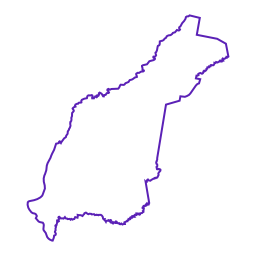 outline of Esquina, Corrientes, Argentina
{"feature_id": "61730980B30976551851614", "entity_name": "Esquina", "entity_type": "district", "adm_level": 2, "iso_a3": "ARG", "parent_name": "Argentina", "parent_adm1": "Corrientes", "projection": "albers", "projection_center": [-59.269, -29.952], "detail": "fine", "context": "isolated", "style": "outline", "palette": "violet", "viewbox_px": 256, "rotation_deg": 0, "n_neighbors": 0, "source": "geoboundaries", "source_scale": "gbopen_adm2", "svg_char_len": 5758}
<svg xmlns="http://www.w3.org/2000/svg" viewBox="0 0 256 256"><path d="M189.6,15.4L188.5,16.3L187.0,16.4L185.9,17.1L185.5,18.8L184.1,21.0L182.2,23.1L180.4,26.4L179.3,27.2L179.1,27.9L179.2,28.4L180.0,29.5L179.4,30.3L178.4,30.5L176.9,30.0L175.0,32.3L172.9,32.9L172.1,34.0L170.6,35.1L168.4,35.4L166.7,36.3L166.1,37.7L164.7,38.6L163.5,40.1L162.2,40.8L161.7,40.8L159.8,41.4L159.7,44.1L159.3,45.2L157.9,45.9L157.7,46.4L157.0,50.2L156.2,52.1L155.5,52.6L155.6,53.7L156.1,55.2L155.4,56.3L154.9,56.6L153.5,56.6L153.3,56.9L153.3,57.3L153.5,57.7L154.9,58.6L154.8,59.3L153.6,60.1L149.4,61.2L147.0,64.3L143.0,65.2L142.0,65.8L142.0,66.6L142.5,68.0L142.5,69.7L143.9,70.5L143.9,70.9L143.1,71.5L141.1,71.6L139.0,72.9L137.7,72.8L136.5,73.5L136.2,73.8L136.2,74.5L136.8,76.1L136.9,76.9L134.7,77.6L133.2,78.8L131.8,79.6L129.7,80.1L128.5,82.0L125.5,83.2L124.4,84.6L123.6,84.9L120.7,84.7L120.1,85.4L119.2,87.5L118.2,88.7L111.3,89.0L110.0,89.7L109.6,89.7L108.9,89.1L108.5,88.9L107.6,89.3L107.3,90.0L107.5,90.5L107.9,90.7L108.4,91.8L109.0,92.4L108.9,92.7L108.5,93.0L106.7,93.2L105.6,94.9L104.2,95.0L103.8,96.4L103.1,96.3L101.6,93.7L99.7,92.6L98.9,93.2L98.9,94.1L99.1,94.6L98.5,95.4L98.4,95.8L97.9,96.0L97.2,95.3L96.8,95.5L97.0,96.9L96.7,97.2L95.7,96.4L95.2,96.4L94.7,97.3L94.2,97.5L93.9,98.3L92.2,98.3L92.1,97.7L92.6,96.2L92.3,95.4L91.7,95.1L90.0,95.5L88.9,95.3L88.1,95.5L87.3,96.3L86.9,98.2L84.3,98.7L81.9,99.8L81.3,100.8L81.4,102.4L81.0,102.6L78.9,102.7L78.4,103.1L78.1,103.7L77.0,103.8L75.5,104.5L75.0,105.6L75.5,106.6L73.9,107.2L72.7,108.3L72.6,108.6L73.7,110.3L73.8,110.8L73.6,111.3L72.1,113.0L72.0,116.1L71.3,118.0L71.5,119.0L71.3,120.8L70.3,122.1L70.5,122.4L70.2,123.7L70.5,125.8L69.8,127.8L69.1,128.8L69.0,129.6L67.8,131.4L67.6,133.8L66.2,135.7L65.9,137.1L64.1,138.4L61.4,142.1L60.9,143.1L60.4,142.5L60.2,141.6L59.7,141.3L59.1,141.7L58.9,142.8L58.7,143.1L56.1,143.7L54.1,149.8L52.1,153.7L51.1,156.0L50.5,157.8L47.6,163.2L46.8,165.6L46.3,170.2L45.0,174.2L44.4,175.4L43.7,178.4L43.8,181.7L44.7,185.4L44.9,188.6L42.7,194.6L42.2,195.7L40.4,197.4L37.3,199.1L34.0,200.2L29.6,201.1L28.5,201.5L27.8,202.3L27.6,204.8L28.3,207.7L29.4,209.7L31.4,212.3L32.9,213.2L34.5,213.5L35.6,214.0L36.7,215.6L36.8,216.2L35.8,218.2L38.6,221.5L39.9,222.1L42.8,222.7L43.5,223.8L43.8,225.0L43.4,229.1L43.7,230.3L45.7,232.9L47.2,237.0L48.3,238.4L49.7,239.5L52.1,240.6L52.7,240.6L53.8,237.7L54.1,235.6L55.0,235.3L55.7,234.7L55.8,233.5L54.9,232.0L55.0,231.4L55.6,230.3L55.5,228.6L56.0,226.8L55.5,226.3L55.4,225.6L55.7,225.2L56.5,225.1L57.1,222.7L57.1,220.4L57.9,220.2L58.6,221.4L58.9,221.2L58.5,220.1L59.1,219.0L58.4,217.5L58.7,216.9L59.4,216.8L60.1,217.8L61.0,218.5L61.9,218.3L63.6,218.6L64.9,217.1L65.6,218.2L66.0,218.5L67.0,218.5L67.6,219.1L69.6,218.9L70.6,219.7L71.2,218.9L71.6,218.9L72.6,219.6L73.4,219.1L74.3,219.0L75.2,217.1L77.5,217.7L77.8,216.1L77.7,214.9L78.6,215.1L80.9,215.2L82.5,216.0L83.7,214.4L84.2,214.1L84.5,213.2L85.9,212.6L87.7,213.9L88.4,214.2L89.5,213.7L91.3,213.9L91.7,214.4L94.1,214.2L94.9,215.1L95.6,214.9L96.3,215.0L96.7,214.7L97.5,215.0L98.1,214.9L98.4,215.2L99.2,214.9L100.9,214.9L101.8,215.5L102.7,216.7L103.1,218.7L103.9,219.2L104.7,219.1L104.5,220.1L105.1,220.5L105.9,221.8L106.2,221.0L106.8,220.7L107.3,220.8L108.3,220.2L108.8,220.9L109.3,221.0L109.9,220.2L110.5,220.0L111.1,220.3L111.2,220.7L110.2,221.5L110.4,222.2L110.7,222.5L112.2,222.8L112.7,223.4L113.1,223.5L113.3,223.2L113.2,222.7L112.7,222.4L112.9,222.1L113.7,222.3L113.8,222.7L114.7,222.6L115.3,223.0L115.9,223.0L115.9,222.7L115.5,222.5L115.4,221.9L115.9,221.4L116.6,221.7L117.2,222.8L117.7,223.2L119.2,223.2L119.5,224.1L120.5,224.2L121.1,223.6L121.4,223.5L122.4,224.5L123.7,224.0L124.9,224.0L124.8,223.4L124.3,222.9L124.4,222.3L126.0,221.7L126.6,221.1L127.5,221.2L127.7,220.2L128.6,220.0L128.6,219.2L128.9,219.3L129.5,218.7L130.3,219.0L130.5,218.5L130.0,218.6L129.9,218.3L130.4,218.0L130.3,217.5L130.5,217.3L131.0,217.4L131.2,217.9L132.1,217.7L132.1,216.2L132.9,216.0L133.2,216.6L133.8,216.7L134.0,216.9L134.6,216.8L134.1,216.1L134.1,215.7L134.9,214.8L136.2,215.0L136.3,213.4L137.9,213.5L138.1,214.2L138.4,214.1L139.1,214.5L139.3,213.9L140.0,214.1L140.0,213.4L142.0,213.0L142.1,212.8L143.4,211.9L143.0,211.0L143.5,210.8L143.5,210.0L143.8,208.7L142.5,207.9L142.6,207.5L143.5,207.2L143.3,206.4L143.6,205.9L144.0,205.8L144.0,206.1L144.5,206.2L146.1,205.6L146.0,205.0L146.2,204.8L146.0,204.4L146.7,203.6L146.9,204.3L147.7,203.8L147.7,204.7L148.7,204.5L148.8,204.0L148.4,203.8L149.2,203.0L145.6,181.7L145.8,181.9L146.8,181.8L146.9,180.8L147.2,180.6L147.1,180.2L147.7,179.5L148.0,179.5L148.1,179.9L148.6,180.4L150.4,180.7L151.3,179.9L153.3,178.8L154.3,178.6L154.2,178.3L154.4,178.1L155.2,177.8L156.0,178.0L156.2,177.7L156.9,177.7L157.3,177.5L158.6,174.9L158.3,173.6L158.7,172.7L160.4,170.7L160.4,169.6L159.6,169.1L158.8,169.3L158.3,168.9L157.2,169.3L157.0,169.2L156.5,167.0L157.1,166.6L157.3,165.8L157.2,164.4L156.4,163.7L156.2,162.4L156.3,161.9L156.7,161.5L156.7,160.8L157.2,159.7L157.2,158.1L166.0,104.6L179.6,100.7L180.4,96.3L184.9,96.8L186.8,96.1L189.0,94.9L190.4,93.4L195.9,85.5L197.4,84.0L199.0,83.4L200.2,79.2L195.9,78.4L196.5,75.6L197.4,75.7L198.5,75.1L198.2,74.1L199.3,73.3L200.4,73.0L201.9,73.7L202.1,73.4L202.9,73.2L203.5,71.3L204.1,70.7L204.4,70.7L204.7,71.3L205.9,70.5L206.4,69.8L206.3,69.1L207.2,68.7L207.3,67.4L208.8,67.3L208.6,66.7L208.9,66.3L210.5,66.4L210.8,65.9L210.7,65.2L211.0,65.0L213.1,65.3L213.8,64.9L214.3,63.8L214.8,63.3L214.6,62.8L215.6,62.9L216.1,62.0L217.6,62.5L218.9,61.6L219.7,61.6L219.9,60.6L220.1,60.5L221.4,61.5L221.9,61.5L222.4,60.8L223.3,60.7L223.2,60.4L222.2,59.9L222.4,58.9L222.7,58.6L223.0,59.2L223.7,59.1L225.1,58.5L225.8,57.7L226.6,57.8L226.6,56.8L228.0,56.9L228.4,56.6L225.9,43.7L217.2,38.8L196.8,34.8L199.8,17.9L189.6,15.4Z" fill="none" stroke="#5b21b6" stroke-width="2"/></svg>